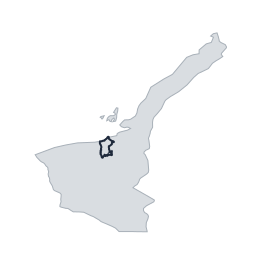 Shieb, Semenawi Keyih Bahri, Eritrea shown in context, rotated 276°
{"feature_id": "51966322B10496032300276", "entity_name": "Shieb", "entity_type": "district", "adm_level": 2, "iso_a3": "ERI", "parent_name": "Eritrea", "parent_adm1": "Semenawi Keyih Bahri", "projection": "orthographic", "projection_center": [39.092, 15.818], "detail": "medium", "context": "in_parent", "style": "outline", "palette": "slate", "viewbox_px": 256, "rotation_deg": 276, "n_neighbors": 0, "source": "geoboundaries", "source_scale": "gbopen_adm2", "svg_char_len": 4056}
<svg xmlns="http://www.w3.org/2000/svg" viewBox="0 0 256 256"><g transform="rotate(276 128 128)"><path d="M26.8,157.9L25.9,148.7L25.4,142.5L24.7,136.0L24.1,129.9L27.1,126.1L28.5,122.6L32.1,111.0L33.6,108.7L36.4,102.4L36.8,100.6L39.6,92.8L39.4,87.6L38.9,82.3L40.4,79.2L41.7,76.7L41.6,74.6L42.3,69.7L42.7,68.5L44.3,68.4L47.6,69.1L50.1,68.6L52.9,68.6L55.0,68.5L56.3,67.0L58.1,61.3L59.2,60.1L60.1,59.8L62.6,58.7L64.7,57.1L66.4,55.9L67.1,55.6L68.9,55.5L70.7,54.8L71.6,54.0L73.9,53.4L76.1,53.7L77.6,53.1L78.6,52.6L79.8,52.6L80.8,51.9L81.3,50.9L82.0,50.2L83.7,48.8L84.5,47.7L84.9,46.6L85.2,45.7L86.0,44.3L89.1,40.6L91.7,38.5L100.9,57.0L104.6,67.9L107.9,79.3L110.4,96.4L112.8,105.2L116.6,109.4L119.2,117.6L121.4,117.9L123.0,120.1L125.8,127.7L127.8,130.6L128.8,128.1L128.7,126.7L127.9,124.4L128.6,121.3L130.2,119.5L133.7,122.0L135.7,123.8L136.2,127.6L137.0,129.7L140.7,134.1L143.9,135.3L147.9,135.6L151.3,136.6L154.1,138.2L159.2,142.6L170.9,146.4L180.4,158.4L186.0,166.6L204.4,179.0L207.6,185.0L209.3,190.9L213.1,190.6L219.8,197.0L221.8,201.9L227.2,203.5L228.1,200.6L230.7,203.0L231.9,206.6L228.4,208.2L224.6,209.6L224.1,209.5L222.8,211.3L221.1,216.0L219.1,217.4L218.1,217.5L212.1,213.2L211.2,213.0L209.9,213.9L209.0,214.8L206.2,211.5L204.1,208.6L201.2,205.2L198.5,203.6L195.5,201.7L192.6,197.1L189.6,192.1L185.2,188.1L177.0,182.2L169.5,174.7L163.7,166.9L160.0,162.8L158.4,161.8L150.8,159.2L145.5,155.7L141.4,152.7L138.9,151.9L136.4,151.8L131.3,152.4L127.0,150.6L125.2,150.6L122.3,150.1L120.0,149.4L117.4,150.2L111.9,151.5L109.7,151.3L108.5,149.4L107.7,148.0L105.8,146.5L104.3,146.5L103.4,147.8L97.7,151.2L88.2,153.0L85.9,152.8L84.3,151.5L79.5,145.8L78.1,144.8L77.0,144.7L74.8,144.0L72.7,142.9L70.9,140.6L69.1,139.2L67.1,143.8L63.6,151.8L61.7,156.1L59.2,161.6L58.5,161.8L57.3,161.4L52.6,154.5L49.6,151.8L47.4,152.1L45.7,153.3L44.7,155.6L43.5,157.0L42.3,157.6L39.7,157.3L35.8,156.1L31.6,156.3L27.4,157.8L26.8,157.9ZM138.7,112.3L140.0,114.0L140.9,113.8L141.6,113.2L142.0,112.0L146.9,114.4L146.7,115.9L143.8,116.0L140.4,115.4L137.3,115.6L133.6,115.0L132.7,112.3L135.1,113.6L136.3,113.2L136.5,112.9L134.8,111.1L132.5,110.7L132.7,109.3L133.7,108.8L134.3,108.1L133.0,106.1L135.6,106.5L137.3,107.7L138.4,109.1L138.7,112.3ZM136.6,99.9L137.7,103.0L134.7,101.8L134.2,101.2L135.5,100.0L135.8,99.2L136.6,99.9Z" fill="#d9dde1" stroke="#a8b0b8" stroke-width="1"/><path d="M99.4,114.7L99.8,114.8L100.3,114.7L100.6,114.5L101.1,114.5L101.2,114.4L101.7,114.4L102.2,114.4L102.0,114.2L102.2,113.5L102.2,113.4L102.3,113.4L102.1,113.2L102.3,113.0L102.5,112.9L102.4,112.6L102.6,112.6L102.8,112.4L102.9,112.5L103.0,112.4L103.3,112.1L103.7,112.1L104.6,111.4L105.7,111.3L106.9,110.9L107.9,110.9L108.0,111.2L108.5,111.9L110.1,113.6L110.9,113.6L111.2,113.5L111.5,113.5L111.8,113.6L112.1,114.0L112.2,114.3L112.4,115.2L112.7,115.4L112.9,115.3L113.2,114.9L113.1,114.7L113.3,114.1L113.4,113.9L113.4,113.6L113.4,113.1L113.9,112.5L114.2,111.7L114.7,111.2L115.1,110.3L115.4,110.1L115.9,109.9L116.8,109.9L117.1,109.7L117.2,109.4L117.2,109.2L116.8,108.7L115.1,107.8L114.6,107.1L114.0,106.6L113.7,106.1L113.1,106.0L113.0,105.9L112.8,105.3L112.9,105.0L112.5,103.9L112.0,103.3L111.9,102.9L112.0,102.5L111.7,102.0L111.7,101.6L110.7,101.5L109.6,101.7L109.1,102.0L108.6,102.5L108.0,102.7L107.0,103.3L106.3,103.5L105.6,103.5L105.0,103.3L104.6,103.3L104.3,103.3L103.5,103.6L103.4,103.5L103.2,103.3L102.9,103.2L102.8,103.3L102.4,103.2L102.3,103.3L102.2,103.2L101.9,103.2L101.4,103.2L101.3,103.4L101.2,103.4L101.0,103.5L100.8,103.5L100.7,103.4L100.6,103.5L100.3,103.6L100.2,103.5L99.4,103.3L98.9,103.6L98.5,104.0L97.7,104.5L96.9,104.7L96.5,104.8L95.9,105.3L95.8,105.6L95.9,105.9L96.1,106.1L97.0,106.1L97.3,106.6L97.6,107.2L98.1,107.4L98.2,107.5L98.4,107.3L98.7,107.4L98.6,107.7L98.8,107.8L98.6,108.4L98.4,108.6L97.9,108.8L98.1,109.3L98.3,109.5L98.7,109.7L98.8,109.7L98.8,109.9L98.9,110.0L98.7,110.4L98.9,110.8L99.2,110.9L98.8,111.0L99.0,111.2L99.3,111.8L99.3,112.3L99.6,112.7L99.5,113.1L99.7,113.3L99.7,113.5L99.5,113.8L99.5,114.1L99.3,114.3L99.4,114.7Z" fill="none" stroke="#1e293b" stroke-width="2"/></g></svg>